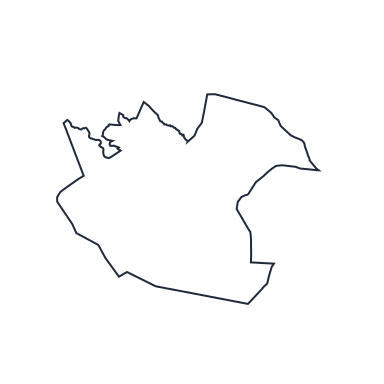 Villa de Chilapa de Díaz, Oaxaca, Mexico (Equal Earth projection), rotated 150°
{"feature_id": "50627088B27249179318805", "entity_name": "Villa de Chilapa de Díaz", "entity_type": "district", "adm_level": 2, "iso_a3": "MEX", "parent_name": "Mexico", "parent_adm1": "Oaxaca", "projection": "equal_earth", "projection_center": [-97.646, 17.595], "detail": "fine", "context": "isolated", "style": "outline", "palette": "slate", "viewbox_px": 384, "rotation_deg": 150, "n_neighbors": 0, "source": "geoboundaries", "source_scale": "gbopen_adm2", "svg_char_len": 4449}
<svg xmlns="http://www.w3.org/2000/svg" viewBox="0 0 384 384"><g transform="rotate(150 192 192)"><path d="M188.8,294.1L195.2,289.4L203.2,283.5L204.0,283.9L204.7,284.4L205.5,285.0L206.5,285.2L208.1,285.5L209.8,285.3L210.8,284.7L210.8,285.8L211.7,288.4L212.5,289.1L213.5,290.2L213.9,291.6L213.1,293.0L214.0,294.5L215.3,296.7L217.2,294.7L218.8,292.6L220.4,290.3L220.5,285.8L221.2,286.1L222.5,286.8L223.9,287.9L225.2,288.5L226.0,289.2L228.3,290.8L229.7,291.9L230.7,291.7L231.4,290.7L232.2,291.0L233.9,290.8L235.2,290.1L236.1,289.6L237.5,289.4L238.7,288.6L239.6,287.6L240.3,286.6L241.0,285.7L241.8,285.4L241.3,284.5L240.7,283.6L240.3,282.2L239.9,280.7L239.3,279.8L238.5,278.9L237.5,278.0L236.3,276.9L235.4,276.1L236.4,276.2L237.8,276.1L238.5,275.6L239.5,274.4L239.7,272.8L238.9,272.4L237.1,271.4L236.2,271.0L235.8,270.2L234.7,269.0L233.7,268.0L233.1,267.1L234.8,266.8L234.5,265.8L234.0,265.1L233.5,264.4L233.1,263.5L234.8,263.4L244.3,262.8L247.0,263.0L247.4,263.2L249.7,265.5L249.8,265.9L250.1,266.8L250.1,267.4L249.9,268.2L249.7,268.9L249.6,269.7L249.4,269.9L248.6,271.6L248.2,272.1L247.5,272.7L247.3,273.6L247.2,274.4L247.4,275.1L247.6,275.4L248.3,276.3L249.0,278.2L249.0,278.7L248.3,279.4L247.7,279.3L247.3,279.4L246.6,280.0L246.1,280.5L245.8,281.3L245.9,282.3L246.6,283.7L246.9,283.8L247.2,284.1L248.0,284.5L249.1,285.0L250.5,286.6L251.5,287.6L251.6,287.9L252.7,289.0L253.1,289.4L253.4,290.1L253.5,290.6L253.6,291.2L253.5,291.5L253.1,292.1L252.5,292.6L251.9,293.4L251.6,293.9L251.3,294.6L251.2,295.2L251.2,296.3L251.2,297.2L251.3,297.6L251.3,298.1L251.3,298.7L251.5,300.1L251.7,300.7L253.0,301.0L253.6,301.1L254.2,301.6L255.5,301.7L256.3,301.5L256.8,301.7L257.6,302.2L258.1,302.8L258.3,303.2L258.4,303.9L258.7,304.4L259.4,305.2L260.8,306.1L261.5,306.1L261.7,306.5L261.9,307.3L262.2,307.8L262.5,308.0L263.1,308.4L263.3,309.2L263.3,309.8L263.1,310.4L263.0,311.4L262.8,311.6L262.7,312.1L262.8,313.0L263.0,313.6L263.0,314.0L263.2,314.8L263.4,315.4L263.6,316.1L264.0,316.8L268.8,315.8L269.7,309.7L277.7,260.2L284.4,260.0L297.1,258.9L305.8,257.9L309.6,256.0L311.5,254.8L313.6,250.9L311.7,224.1L312.7,214.2L299.6,193.0L300.0,178.2L297.6,155.2L288.3,155.2L270.6,128.5L251.5,112.0L227.4,91.2L218.1,83.2L199.5,67.1L180.9,72.7L176.8,74.2L172.8,75.0L166.5,81.6L160.5,87.2L156.9,89.0L176.2,101.6L174.5,104.2L171.6,109.0L167.1,117.1L164.7,121.2L161.9,127.1L161.5,128.4L161.7,131.5L161.8,151.4L161.8,155.0L161.5,155.4L157.3,160.5L151.9,162.9L148.9,162.7L148.7,162.7L148.1,162.7L145.6,162.0L144.5,162.0L131.7,168.6L129.8,168.9L128.9,169.0L125.5,169.5L121.8,170.1L116.9,171.3L111.5,172.2L106.2,172.6L100.4,170.0L89.8,162.1L86.3,158.0L82.0,155.0L77.4,151.7L72.6,148.2L71.5,147.5L72.6,150.1L73.4,154.9L73.5,155.3L74.3,160.3L73.6,162.5L73.4,163.3L73.5,164.6L72.2,170.5L71.7,173.7L71.2,175.9L70.5,177.3L70.4,178.8L70.9,181.6L72.7,184.3L73.9,185.7L76.0,188.4L77.7,191.2L78.1,191.5L80.3,198.7L81.6,203.0L82.2,205.0L81.4,211.1L83.4,215.4L83.5,217.6L83.7,219.6L83.8,220.9L84.0,221.3L84.0,221.5L85.4,225.4L85.7,226.1L86.9,229.3L87.8,230.2L92.6,235.0L96.5,238.8L100.2,242.5L104.5,246.7L105.2,247.4L105.4,247.7L105.6,247.9L106.1,248.3L106.9,249.0L109.9,252.1L113.0,255.2L114.2,256.4L114.4,256.6L118.1,260.2L123.2,265.2L124.0,265.6L126.3,266.9L130.0,268.9L141.6,255.3L148.9,247.0L155.6,244.2L161.7,239.5L170.8,237.7L170.7,237.8L170.5,238.0L170.5,238.5L170.6,239.1L170.6,239.4L171.0,240.0L171.3,240.4L171.4,240.6L171.3,241.5L171.5,242.2L171.5,242.6L171.5,242.9L171.4,243.1L171.3,243.5L171.3,243.8L171.4,244.0L171.3,244.4L171.1,244.5L170.9,245.0L170.8,245.4L170.7,245.8L170.9,246.0L171.3,246.2L171.7,246.2L171.9,246.2L172.1,246.1L172.2,246.9L172.3,247.8L172.8,248.3L172.9,248.2L173.1,248.2L173.3,248.5L173.3,249.1L173.1,249.7L172.9,250.6L172.8,250.9L172.6,251.1L172.6,251.4L172.8,251.8L173.2,252.1L173.4,252.4L173.8,253.3L173.8,253.5L173.9,254.0L174.2,254.2L174.2,254.4L174.5,254.7L174.5,255.5L174.5,256.0L174.8,256.2L175.1,256.4L175.4,256.6L175.4,256.9L175.7,257.7L175.8,258.3L176.2,258.8L176.5,259.1L176.9,259.2L177.5,259.5L177.5,260.0L177.6,260.3L177.7,260.8L178.3,260.8L178.6,260.8L178.9,261.0L179.2,261.4L179.5,261.7L179.9,262.0L180.2,262.5L180.5,263.4L181.6,263.9L182.2,264.2L182.0,265.2L182.4,265.8L182.5,266.2L182.6,266.4L182.9,267.0L182.8,267.4L182.8,267.9L183.0,268.2L183.2,268.4L183.8,268.8L184.1,269.2L184.2,269.6L183.9,271.1L183.9,271.8L183.9,272.5L184.0,272.7L183.1,275.6L184.8,280.9L186.5,288.5L188.8,294.1Z" fill="none" stroke="#1e293b" stroke-width="2"/></g></svg>